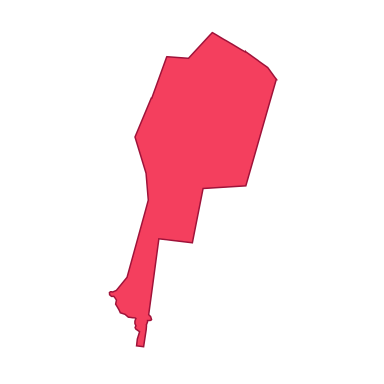 outline of Atbara, River Nile, Sudan, rotated 99°
{"feature_id": "16777658B19107068109893", "entity_name": "Atbara", "entity_type": "district", "adm_level": 2, "iso_a3": "SDN", "parent_name": "Sudan", "parent_adm1": "River Nile", "projection": "albers", "projection_center": [33.305, 17.884], "detail": "fine", "context": "isolated", "style": "filled", "palette": "rose", "viewbox_px": 384, "rotation_deg": 99, "n_neighbors": 0, "source": "geoboundaries", "source_scale": "gbopen_adm2", "svg_char_len": 1348}
<svg xmlns="http://www.w3.org/2000/svg" viewBox="0 0 384 384"><g transform="rotate(99 192 192)"><path d="M352.6,222.7L352.4,215.6L335.1,215.7L331.4,216.0L330.2,216.3L329.4,216.0L328.7,215.9L327.3,215.6L325.9,215.8L325.7,214.4L325.2,212.6L324.3,212.0L321.5,213.4L319.9,215.6L297.4,216.1L243.4,217.4L242.1,183.7L186.8,181.6L177.5,139.8L91.4,129.3L69.5,126.6L67.5,126.3L67.6,126.2L67.6,126.3L64.7,129.2L57.2,136.7L54.4,142.4L54.1,143.0L52.3,146.6L51.8,147.4L50.4,150.2L48.4,154.2L45.0,161.0L44.8,161.2L45.3,161.3L43.9,165.2L42.4,168.9L40.9,172.6L38.0,179.9L37.1,182.2L36.4,184.2L34.9,187.9L33.1,192.3L31.9,195.4L31.4,196.7L31.4,196.9L33.6,198.4L33.7,198.5L60.5,216.4L62.3,238.0L62.9,238.2L71.3,239.8L85.9,242.6L105.6,246.4L105.6,246.9L146.6,256.9L180.7,240.3L206.9,233.9L219.0,235.2L286.4,242.8L301.0,251.3L303.2,254.7L303.1,255.7L303.3,256.9L304.2,257.8L306.4,257.3L306.8,256.6L307.7,255.2L307.6,254.4L307.3,252.9L308.7,251.4L310.6,249.7L314.7,249.9L316.8,248.1L319.9,245.6L321.7,244.4L322.5,243.9L323.3,239.0L325.6,235.3L325.5,233.2L325.5,231.0L325.3,229.4L325.3,228.8L325.4,228.1L325.7,227.6L327.0,227.9L327.8,228.1L329.1,228.1L330.1,227.9L330.8,227.8L331.8,227.2L332.6,226.6L333.4,226.5L334.0,226.8L334.8,227.0L336.2,226.0L337.0,224.3L338.2,221.9L345.8,223.0L352.2,222.7L352.6,222.7Z" fill="#f43f5e" stroke="#9f1239" stroke-width="1.5"/></g></svg>